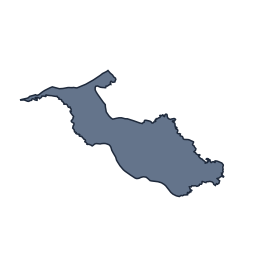 District #1, Grand Bassa, Liberia, rotated 120°
{"feature_id": "62588387B32884824633153", "entity_name": "District #1", "entity_type": "district", "adm_level": 2, "iso_a3": "LBR", "parent_name": "Liberia", "parent_adm1": "Grand Bassa", "projection": "equal_earth", "projection_center": [-10.179, 6.235], "detail": "fine", "context": "isolated", "style": "filled", "palette": "slate", "viewbox_px": 256, "rotation_deg": 120, "n_neighbors": 0, "source": "geoboundaries", "source_scale": "gbopen_adm2", "svg_char_len": 5848}
<svg xmlns="http://www.w3.org/2000/svg" viewBox="0 0 256 256"><g transform="rotate(120 128 128)"><path d="M157.5,234.8L155.6,231.9L155.1,228.4L154.5,227.2L153.3,226.6L152.5,225.6L152.0,225.3L151.3,225.7L150.4,225.2L150.1,224.3L150.2,222.7L149.8,221.2L149.5,220.6L148.0,221.4L147.8,221.9L148.5,223.0L148.4,223.4L147.9,223.4L147.3,222.4L146.6,221.2L146.6,220.0L146.7,219.7L146.8,219.2L146.1,219.1L145.7,218.7L144.9,218.4L144.2,218.3L143.4,218.5L142.5,216.8L141.9,215.0L141.5,214.9L140.8,215.6L140.3,215.4L140.0,214.3L139.3,212.6L138.1,210.1L137.7,208.8L136.8,206.5L136.0,205.3L136.1,204.9L136.5,204.7L136.6,204.2L136.5,202.8L136.7,202.6L137.2,202.6L137.5,202.5L137.2,201.2L136.8,200.1L137.0,199.4L137.3,199.2L137.8,198.6L137.8,197.7L138.7,195.6L139.2,195.6L139.4,195.5L139.1,194.7L138.7,194.1L138.1,193.1L138.5,191.9L139.4,190.8L139.8,190.0L139.6,189.4L139.3,189.3L138.8,188.7L139.1,188.2L139.8,187.7L139.9,187.0L140.4,186.4L141.7,186.1L142.1,185.5L142.4,185.6L142.6,186.3L143.4,185.4L143.7,184.6L144.7,182.4L145.1,181.1L145.5,180.7L146.4,180.8L147.5,180.3L150.3,180.7L150.8,180.1L151.0,179.4L150.9,177.3L151.9,176.6L153.0,176.4L153.9,176.6L154.3,176.2L155.7,175.9L156.4,173.8L157.0,173.3L157.8,172.6L158.1,172.3L157.8,171.5L157.9,170.5L158.1,170.5L158.7,170.5L158.8,169.9L158.7,169.3L158.2,167.8L157.8,166.9L158.0,166.4L158.8,166.5L159.0,166.5L159.3,166.0L159.0,165.0L158.4,163.8L159.1,162.6L159.2,161.9L159.2,161.2L159.8,160.5L159.6,159.1L160.4,158.3L160.9,158.4L161.3,158.6L161.5,158.5L161.4,157.6L162.0,155.5L162.6,155.4L162.4,154.7L161.7,153.8L161.3,151.6L161.5,150.6L161.3,149.9L160.3,149.5L158.6,148.9L157.4,147.8L155.7,144.1L154.6,142.9L153.4,141.1L152.7,139.7L152.3,138.0L152.0,136.0L152.3,134.8L153.2,133.2L155.4,130.9L157.0,128.3L159.4,124.1L161.6,121.8L162.7,119.9L164.7,116.1L166.5,111.1L166.9,108.9L167.5,102.3L167.7,98.5L167.8,97.2L167.6,95.6L167.0,94.5L166.1,93.4L164.3,92.1L162.6,90.4L161.9,88.8L161.5,87.6L161.9,85.1L162.5,82.5L162.0,81.0L159.5,75.1L158.7,71.7L158.8,68.5L159.2,66.4L162.3,58.7L162.8,56.0L162.6,52.3L161.7,49.3L160.6,48.7L160.0,48.5L159.7,48.0L159.6,47.2L158.7,46.4L158.2,46.3L156.6,43.8L156.4,43.8L156.3,43.3L156.0,43.0L155.6,43.3L154.5,43.2L154.5,43.7L154.7,44.0L154.1,44.2L153.9,44.0L153.5,43.1L153.3,42.4L152.1,42.7L152.0,42.3L152.1,41.8L151.9,41.6L151.6,41.7L151.3,42.1L150.7,42.0L150.3,41.5L150.1,41.5L150.0,41.8L150.2,42.5L150.2,43.3L149.7,43.5L149.3,44.4L148.5,45.0L148.3,45.5L148.1,45.4L147.8,44.7L147.5,44.3L147.4,43.8L147.2,43.8L146.0,43.8L145.6,42.6L145.0,41.9L144.9,41.6L144.3,40.9L144.1,39.2L143.4,38.6L143.2,38.3L142.0,37.6L141.5,37.9L140.9,37.8L139.9,36.3L139.3,36.2L138.4,36.5L137.7,37.0L137.2,37.0L136.8,35.7L136.6,34.1L136.3,33.2L135.9,33.3L135.1,32.9L134.3,31.6L133.6,30.8L133.3,30.4L132.7,28.6L132.7,27.7L132.9,26.9L133.4,26.1L133.9,25.6L134.1,23.6L132.0,23.6L132.0,23.2L132.1,22.5L132.0,22.4L131.4,22.2L130.6,21.6L127.9,22.2L127.7,23.7L127.4,24.5L127.4,25.3L127.2,25.6L126.1,24.5L125.5,24.0L124.0,23.5L123.2,23.1L123.1,22.8L123.1,22.5L122.8,21.2L122.7,21.3L122.6,21.1L122.2,20.9L122.0,21.2L121.9,22.0L122.0,22.7L121.7,23.3L121.4,23.0L120.8,23.8L120.4,24.4L119.8,23.6L118.3,23.8L118.1,24.0L117.8,24.1L117.3,24.8L116.9,25.0L116.3,24.9L114.5,26.4L113.3,26.6L112.5,26.9L112.2,27.2L111.4,29.3L112.0,33.8L112.6,35.6L113.1,36.2L113.5,36.0L113.9,35.5L114.3,35.4L114.5,35.8L114.4,36.5L114.5,37.2L115.3,38.2L116.4,38.7L116.3,39.3L115.7,40.1L115.5,40.7L115.0,40.7L114.7,40.9L114.6,41.4L114.8,42.3L114.7,42.7L114.5,43.1L114.9,44.3L115.3,44.6L115.9,44.7L116.0,42.9L116.2,41.9L116.5,41.7L117.1,41.9L117.4,42.2L118.1,41.9L118.4,42.1L118.4,42.8L118.8,43.2L119.2,42.9L119.6,43.2L119.8,43.5L118.8,44.1L118.5,45.3L118.3,46.9L118.0,47.9L117.8,48.5L118.1,49.5L117.9,50.6L117.3,52.5L116.9,52.8L116.7,52.8L115.9,52.2L115.4,52.3L115.4,52.9L116.3,54.0L116.3,55.9L116.0,56.6L115.8,56.7L115.6,57.5L115.7,58.6L115.6,59.0L113.5,58.4L112.0,58.8L111.3,60.8L110.5,61.7L110.5,63.0L109.9,63.9L107.6,64.1L107.2,64.4L107.5,67.1L107.6,68.8L108.0,70.3L108.9,71.9L109.8,73.7L109.7,74.9L108.9,75.6L108.2,76.6L108.6,79.0L107.8,79.4L107.0,79.6L107.0,80.4L107.8,81.6L107.7,82.9L107.0,83.3L106.1,83.3L105.1,83.7L104.6,84.5L104.9,85.6L104.5,86.4L104.3,86.3L104.0,85.9L103.5,85.8L103.2,85.9L103.1,86.4L103.2,87.0L103.5,87.5L102.7,88.2L101.8,88.8L100.6,89.7L100.3,90.7L100.2,92.5L100.1,92.8L99.7,92.9L99.1,92.4L99.1,91.5L98.8,91.2L98.2,91.2L96.8,91.1L96.6,91.4L96.7,92.8L98.7,95.1L99.3,95.5L99.5,96.3L99.6,97.4L99.3,98.7L99.1,98.9L98.6,99.6L97.1,100.7L96.8,101.1L96.8,101.5L97.1,102.2L98.2,102.6L99.4,102.1L99.9,102.2L100.0,102.7L99.2,104.1L99.3,104.5L99.5,104.8L100.4,104.8L100.8,105.3L100.9,106.2L100.9,106.5L101.3,106.7L102.0,105.8L102.9,105.6L104.0,106.6L105.2,107.2L105.9,107.6L105.8,108.2L107.4,108.3L107.8,108.5L108.1,107.4L108.7,107.5L110.1,108.8L110.8,108.7L111.6,109.5L111.6,110.3L111.1,111.1L111.1,112.3L111.6,114.2L112.2,116.0L112.8,117.2L113.8,117.4L114.9,116.9L115.8,117.6L117.0,117.9L117.7,120.0L118.9,126.6L120.3,133.0L121.4,135.1L122.4,138.7L123.6,140.8L125.4,142.9L128.0,145.7L127.8,147.9L127.0,150.7L125.0,154.8L121.1,158.1L119.1,159.4L118.0,162.4L116.3,166.2L113.8,171.6L112.6,173.8L111.4,175.5L109.3,176.7L108.0,176.8L106.9,175.5L106.5,172.3L105.8,170.6L105.2,169.4L104.7,168.2L104.3,167.5L102.7,167.9L102.1,166.9L99.9,165.8L99.2,165.6L98.9,164.6L98.4,164.9L98.0,165.5L97.3,166.1L96.2,166.2L95.9,165.8L96.1,165.1L96.1,164.2L95.7,163.6L94.7,162.4L93.5,162.7L92.1,162.8L91.1,163.8L90.9,165.9L89.9,167.8L89.3,171.0L88.2,174.1L89.8,174.8L93.6,177.3L96.2,178.3L103.7,182.0L111.3,186.5L118.5,192.0L119.1,192.8L120.1,195.4L121.0,196.6L122.9,200.1L126.3,204.1L128.3,207.1L130.2,214.1L132.2,215.7L137.1,218.9L139.2,220.0L141.3,220.9L143.5,221.7L144.8,222.7L145.3,223.6L145.4,224.7L147.0,226.2L149.7,228.9L151.7,229.5L152.7,230.3L156.2,234.1L157.2,235.1L157.5,234.8Z" fill="#64748b" stroke="#1e293b" stroke-width="1.5"/></g></svg>